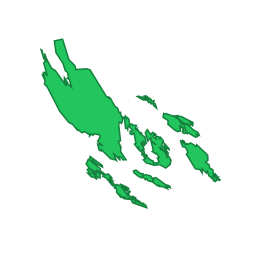 Alstahaug nor, Nordland, Norway, rotated 281°
{"feature_id": "86288312B9312616634750", "entity_name": "Alstahaug nor", "entity_type": "district", "adm_level": 2, "iso_a3": "NOR", "parent_name": "Norway", "parent_adm1": "Nordland", "projection": "albers", "projection_center": [12.459, 65.887], "detail": "fine", "context": "isolated", "style": "filled", "palette": "green", "viewbox_px": 256, "rotation_deg": 281, "n_neighbors": 0, "source": "geoboundaries", "source_scale": "gbopen_adm2", "svg_char_len": 5873}
<svg xmlns="http://www.w3.org/2000/svg" viewBox="0 0 256 256"><g transform="rotate(281 128 128)"><path d="M199.4,39.1L188.1,43.0L179.1,51.8L172.2,55.6L171.2,57.9L166.0,60.0L165.1,58.9L164.4,61.2L157.3,64.8L160.7,59.1L159.1,59.6L158.2,59.2L160.4,58.5L161.2,59.8L165.2,56.0L159.7,57.1L170.5,45.7L172.1,41.5L178.7,36.2L177.8,36.3L178.6,34.7L179.2,35.3L185.4,31.9L181.9,33.4L183.3,32.1L180.8,33.1L181.8,32.4L180.9,31.8L187.8,28.8L188.2,27.8L179.2,32.5L180.7,31.8L180.5,33.3L179.6,34.0L180.4,33.2L177.3,34.4L178.3,33.8L175.7,32.9L163.8,38.8L166.7,35.6L166.4,34.3L160.5,36.7L164.7,33.3L158.2,37.8L155.2,37.5L152.9,40.9L131.4,57.8L122.3,68.7L120.9,73.1L116.2,78.8L116.8,79.0L114.6,83.6L116.2,86.5L114.3,90.6L114.8,91.8L112.8,91.8L115.2,93.8L114.2,95.0L116.0,96.6L115.7,99.2L116.4,100.3L114.3,102.4L109.1,100.7L105.7,106.8L106.6,101.2L101.1,103.7L100.3,105.9L101.7,105.9L94.4,117.0L94.8,118.9L94.1,119.8L94.7,120.6L93.9,122.9L100.6,118.3L94.7,126.7L97.9,124.6L97.8,127.1L95.7,129.2L96.5,132.1L103.1,125.5L107.9,124.3L107.0,125.3L113.0,121.1L114.0,123.1L129.6,118.2L132.2,118.4L131.3,120.5L132.9,121.3L136.9,120.5L136.0,122.9L127.2,125.7L127.6,127.3L126.5,128.0L130.5,127.8L126.5,133.0L124.9,132.0L125.4,130.8L122.9,131.1L122.2,133.0L124.3,134.8L114.4,138.7L113.5,137.4L109.4,141.9L112.1,142.1L108.7,142.6L107.0,145.9L109.1,145.7L107.5,148.4L110.4,147.2L109.9,148.2L115.5,143.7L116.4,144.7L113.7,147.1L115.7,148.2L118.3,144.6L115.9,148.4L116.6,148.9L122.7,146.0L123.6,143.0L125.1,142.6L124.7,141.1L126.1,141.4L125.9,139.3L127.8,138.7L127.5,137.0L129.1,137.1L128.2,136.4L128.5,135.3L132.1,135.7L131.7,132.3L132.7,131.0L131.2,129.4L137.3,126.8L138.3,124.7L137.1,124.4L139.2,123.0L137.1,122.4L138.6,118.8L142.0,117.7L141.3,116.5L145.5,114.0L146.9,110.9L153.9,105.0L154.6,103.3L153.6,103.5L155.1,100.5L177.8,79.7L178.2,75.8L175.4,65.7L179.1,64.0L183.7,57.0L202.7,46.8L199.4,39.1ZM125.8,181.7L120.1,185.1L120.0,188.0L115.7,191.6L113.5,190.3L100.8,201.9L101.0,206.4L98.0,209.3L102.2,208.4L98.7,213.6L100.6,214.2L96.5,216.5L95.1,219.2L96.8,220.4L94.1,220.4L94.2,222.0L92.6,221.9L92.0,223.9L94.7,225.7L93.9,227.5L94.8,228.2L95.6,226.1L95.1,225.1L96.9,225.9L96.0,223.7L97.1,221.9L98.0,221.9L97.8,224.5L99.8,222.1L97.8,220.8L103.2,219.3L104.2,215.9L107.3,214.7L109.4,210.5L111.4,212.6L116.6,211.4L124.7,198.6L123.0,198.5L125.3,192.2L123.7,190.4L124.0,188.6L123.1,190.0L123.5,188.5L122.8,187.4L123.9,184.9L125.0,185.0L124.7,186.4L125.8,185.5L126.5,183.1L125.0,184.9L124.1,184.1L125.8,181.7ZM106.5,146.6L104.3,146.8L104.8,147.6L103.3,148.8L104.4,150.2L102.5,149.4L101.3,151.1L99.7,149.1L97.2,152.7L96.4,160.8L98.1,166.1L95.9,172.7L100.4,176.4L104.6,176.3L108.1,173.2L106.6,172.0L111.0,169.2L113.4,165.4L112.9,164.3L114.9,162.7L115.3,163.4L112.4,169.0L109.4,172.1L111.0,172.4L115.0,168.0L114.5,169.5L115.8,169.4L114.7,172.5L115.5,172.2L120.0,166.4L115.1,167.9L117.7,164.2L122.1,165.2L125.0,161.7L123.6,161.3L125.1,160.3L125.5,156.6L122.6,157.8L124.2,154.5L126.5,154.5L125.6,156.4L127.1,156.5L128.4,152.9L125.8,151.8L130.1,147.2L126.6,145.9L118.9,150.0L122.8,152.1L119.7,153.6L116.9,158.9L119.0,153.3L111.0,157.1L109.6,156.1L108.0,159.8L108.8,160.4L105.0,164.3L104.0,162.5L100.8,164.9L98.8,162.5L99.1,160.8L98.4,159.8L100.4,159.0L101.0,156.1L103.5,151.6L104.3,152.2L106.5,146.6ZM89.7,95.0L84.7,93.8L81.1,97.6L79.3,95.9L75.9,100.0L76.0,97.1L72.9,101.5L73.3,103.4L71.7,107.5L80.8,98.7L78.4,105.6L77.6,105.7L78.7,102.0L77.9,101.9L73.6,108.4L73.7,110.1L76.9,109.5L80.8,104.7L77.0,113.4L75.8,112.5L74.6,116.4L68.6,123.6L67.4,127.1L66.1,125.8L66.6,127.3L65.7,128.6L62.8,129.0L58.1,134.8L61.3,131.7L58.1,137.0L58.0,138.4L59.1,137.3L59.7,138.2L58.0,139.4L58.3,143.2L59.4,142.2L58.7,144.4L55.5,146.8L53.3,161.5L55.2,160.5L56.2,158.8L55.9,157.0L56.9,157.3L56.4,155.6L57.3,154.9L56.7,153.7L57.6,153.8L57.4,150.7L57.6,151.1L58.2,150.4L56.8,149.2L58.4,149.0L59.4,144.6L60.1,145.9L58.5,148.6L58.2,153.3L59.6,148.7L60.9,149.0L61.7,145.9L60.2,146.8L62.8,138.9L62.3,141.9L64.1,139.9L63.7,138.9L64.6,137.3L66.2,135.8L65.2,137.2L66.2,136.9L66.0,139.8L64.3,141.4L65.9,142.2L66.4,138.2L68.2,135.6L67.0,138.9L67.7,139.0L69.1,134.8L66.2,136.4L68.5,132.7L68.9,133.2L68.0,134.7L69.4,134.0L69.5,132.2L70.0,133.4L68.0,140.4L69.1,139.9L69.4,136.8L70.0,137.3L70.6,133.9L71.5,133.9L70.7,133.5L71.4,131.4L69.8,130.6L70.4,128.2L69.8,128.2L70.7,127.8L69.5,127.7L70.2,124.6L71.8,124.1L70.1,124.3L71.0,121.8L72.8,123.2L72.2,121.4L74.4,119.1L73.4,122.3L75.9,119.0L74.6,122.0L76.2,121.5L79.1,117.3L78.2,116.4L78.3,113.8L80.4,109.9L80.0,108.9L82.8,108.4L88.4,98.0L89.8,98.5L86.7,104.1L84.8,110.4L86.4,109.7L92.8,96.3L89.3,96.2L89.7,95.0ZM149.1,160.2L145.1,160.4L143.0,165.9L139.2,166.5L134.9,174.2L133.9,177.4L135.1,179.6L134.3,180.3L140.0,178.5L138.6,180.7L139.3,181.0L137.3,182.3L139.6,183.2L136.4,185.3L136.2,182.1L133.9,182.5L133.4,184.4L134.3,186.5L133.8,187.2L135.0,187.3L131.9,195.9L132.9,198.0L134.5,196.7L134.3,199.4L136.8,197.7L139.1,191.5L141.7,188.1L142.7,184.2L141.8,182.4L142.8,179.7L142.2,179.7L146.4,175.6L147.8,172.0L148.5,172.2L142.9,182.7L143.5,183.5L142.8,186.6L143.4,190.0L142.7,190.9L143.9,191.1L145.2,188.4L145.6,191.4L149.4,178.2L149.3,174.9L147.9,175.1L149.4,174.4L148.5,174.0L149.4,173.7L148.6,171.8L149.1,170.1L148.0,171.6L149.4,162.7L148.6,162.0L149.1,160.2ZM86.8,141.5L85.2,142.4L82.3,148.0L81.7,151.1L83.3,151.3L80.6,155.1L81.9,155.9L80.2,157.5L79.7,162.5L82.7,162.3L85.3,159.1L85.5,153.9L83.7,151.5L85.9,151.5L85.7,149.1L88.2,143.8L86.8,141.5ZM84.1,163.2L79.4,163.0L77.0,168.0L76.7,169.9L77.6,169.5L76.8,170.6L77.0,173.3L75.9,178.4L77.9,176.6L77.4,180.9L79.0,180.0L79.7,175.3L84.5,165.2L84.1,163.2ZM161.3,132.3L160.7,131.1L158.4,137.6L159.0,141.2L156.9,143.6L157.6,145.1L156.1,145.9L156.7,148.3L155.0,148.7L153.0,152.2L156.8,150.2L157.2,148.4L159.8,148.3L158.9,145.9L160.4,145.3L163.0,139.3L162.2,137.6L160.2,144.1L159.7,143.1L161.3,132.3Z" fill="#22c55e" stroke="#15803d" stroke-width="1.5"/></g></svg>